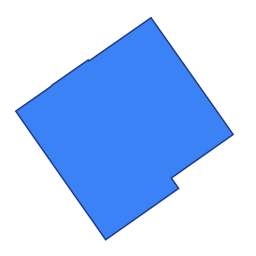 the district of Eddy, New Mexico, United States of America, rotated 55°
{"feature_id": "52423323B75257919011753", "entity_name": "Eddy", "entity_type": "district", "adm_level": 2, "iso_a3": "USA", "parent_name": "United States of America", "parent_adm1": "New Mexico", "projection": "natural_earth1", "projection_center": [-104.354, 32.483], "detail": "fine", "context": "isolated", "style": "filled", "palette": "blue", "viewbox_px": 256, "rotation_deg": 55, "n_neighbors": 0, "source": "geoboundaries", "source_scale": "gbopen_adm2", "svg_char_len": 452}
<svg xmlns="http://www.w3.org/2000/svg" viewBox="0 0 256 256"><g transform="rotate(55 128 128)"><path d="M49.4,121.5L49.4,127.7L49.3,166.0L49.8,167.1L49.8,210.3L78.3,210.4L78.6,210.4L93.8,210.4L122.0,210.4L164.6,210.4L170.8,210.4L185.4,210.3L203.1,210.4L206.7,210.4L206.6,150.2L206.5,121.2L193.8,121.2L193.6,45.6L160.8,45.6L118.0,45.7L117.5,45.7L91.3,45.8L50.9,45.9L50.7,121.5L49.4,121.5Z" fill="#3b82f6" stroke="#1e3a8a" stroke-width="1.5"/></g></svg>